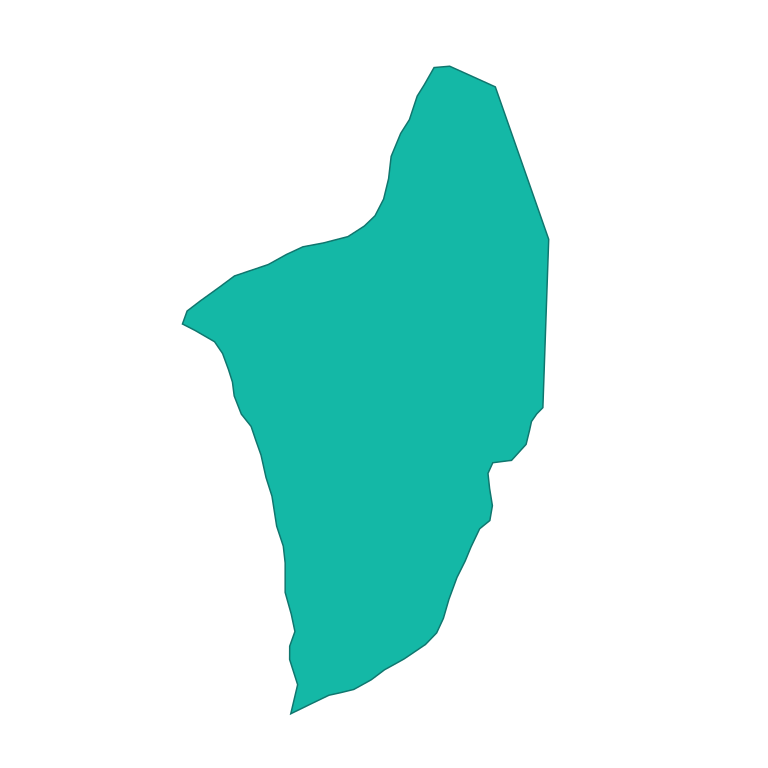 Lapithos, Cyprus, rotated 241°
{"feature_id": "46923920B16403791533064", "entity_name": "Lapithos", "entity_type": "district", "adm_level": 2, "iso_a3": "CYP", "parent_name": "Cyprus", "parent_adm1": "", "projection": "albers", "projection_center": [33.164, 35.337], "detail": "fine", "context": "isolated", "style": "filled", "palette": "teal", "viewbox_px": 768, "rotation_deg": 241, "n_neighbors": 0, "source": "geoboundaries", "source_scale": "gbopen_adm2", "svg_char_len": 1047}
<svg xmlns="http://www.w3.org/2000/svg" viewBox="0 0 768 768"><g transform="rotate(241 384 384)"><path d="M255.4,458.6L262.3,479.0L273.1,489.0L279.7,494.8L283.8,503.1L286.3,511.5L430.7,598.2L589.9,625.4L630.1,595.5L636.5,581.2L626.2,564.3L619.7,552.6L602.9,534.4L595.1,520.1L579.6,500.6L561.4,487.6L545.9,473.3L535.5,457.7L531.7,443.4L530.4,423.9L536.8,399.2L543.3,379.7L544.6,361.5L544.6,340.7L548.4,319.9L551.0,305.6L548.4,286.1L545.8,264.1L543.3,247.2L534.2,236.8L522.6,244.6L503.1,256.3L488.9,257.6L472.1,255.0L459.2,252.4L446.2,247.2L426.8,244.6L411.3,247.2L397.0,244.6L381.5,242.0L359.5,235.5L340.1,231.6L311.7,221.2L291.0,217.3L275.4,210.8L249.6,196.5L227.6,191.3L210.7,186.1L200.4,174.4L188.8,167.9L162.9,162.7L140.8,142.6L139.7,163.7L138.5,184.9L135.0,196.6L131.5,209.5L131.5,229.5L133.8,245.9L133.8,268.3L136.1,294.1L140.8,309.4L150.2,322.3L164.2,336.4L179.4,354.0L189.9,369.3L199.3,381.1L211.0,397.5L213.3,410.4L225.0,419.8L241.4,425.7L255.4,431.6L262.4,441.0L255.4,458.6Z" fill="#14b8a6" stroke="#0f766e" stroke-width="1.5"/></g></svg>